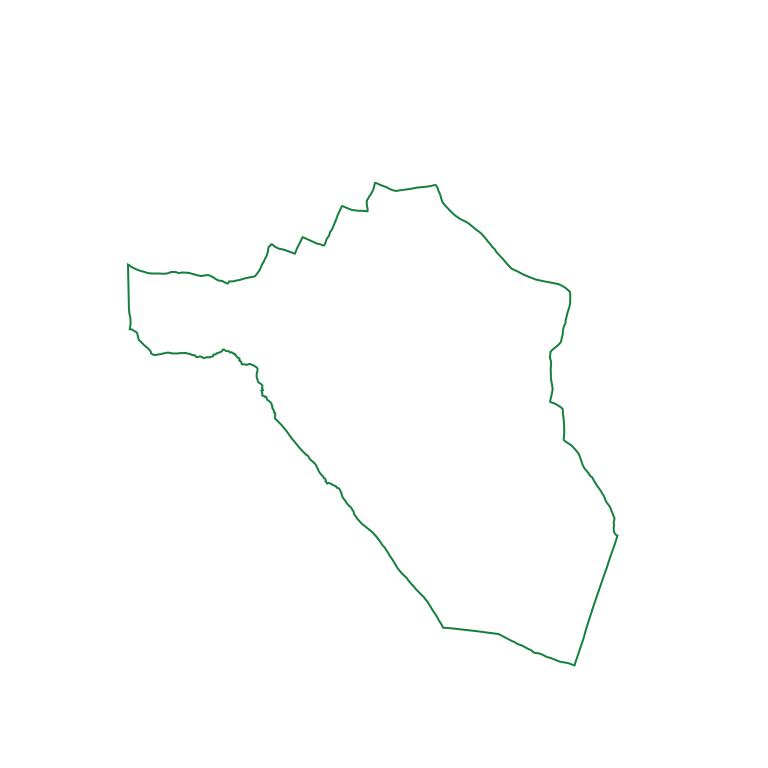 outline of Siha, Kilimanjaro, United Republic of Tanzania, rotated 112°
{"feature_id": "72390352B52159147893976", "entity_name": "Siha", "entity_type": "district", "adm_level": 2, "iso_a3": "TZA", "parent_name": "United Republic of Tanzania", "parent_adm1": "Kilimanjaro", "projection": "mercator", "projection_center": [37.068, -3.108], "detail": "fine", "context": "isolated", "style": "outline", "palette": "green", "viewbox_px": 768, "rotation_deg": 112, "n_neighbors": 0, "source": "geoboundaries", "source_scale": "gbopen_adm2", "svg_char_len": 6166}
<svg xmlns="http://www.w3.org/2000/svg" viewBox="0 0 768 768"><g transform="rotate(112 384 384)"><path d="M224.0,319.7L220.0,328.3L219.4,329.4L217.7,331.6L216.2,335.2L214.0,338.7L212.6,341.8L212.1,342.3L209.3,347.6L208.1,350.2L207.5,351.9L206.3,356.7L203.7,364.8L203.0,367.7L202.5,374.8L201.1,381.3L198.6,387.6L195.8,393.7L194.1,397.0L192.1,399.2L187.3,402.9L184.2,406.1L182.5,407.3L180.2,410.4L180.5,411.3L181.0,412.2L182.9,414.8L185.5,419.2L189.2,426.4L193.5,433.1L198.5,441.9L200.3,444.7L200.8,446.8L201.1,449.1L201.0,453.0L200.6,454.6L200.8,462.5L200.6,466.3L200.8,467.6L201.4,467.7L206.1,466.9L208.5,466.8L212.6,467.2L215.3,467.9L217.7,468.1L219.0,468.5L220.5,468.6L221.7,468.2L225.1,466.6L228.0,464.7L229.7,464.0L230.0,464.1L230.4,464.9L231.3,468.3L232.9,472.4L234.6,478.7L234.7,480.5L234.6,489.0L234.8,489.6L235.0,489.7L244.5,490.2L249.4,490.0L259.9,490.1L263.6,490.9L267.0,490.5L271.3,491.5L275.0,491.2L277.8,491.4L278.1,491.8L278.4,492.9L278.4,496.2L278.9,498.3L278.9,499.6L278.4,510.1L278.3,514.0L278.4,514.5L278.6,514.6L282.4,514.7L290.1,515.4L293.3,515.5L296.1,515.3L296.6,515.5L296.7,522.0L297.1,528.5L297.8,531.0L297.9,532.8L297.5,537.0L296.5,539.9L296.5,540.7L296.7,540.9L298.9,541.4L299.2,541.8L300.1,542.3L302.1,542.0L305.6,541.1L309.4,540.9L313.3,541.3L315.3,541.2L316.4,541.5L318.9,541.8L325.2,542.0L331.0,543.5L332.4,543.9L332.9,544.5L337.2,551.2L339.3,554.0L341.6,556.7L343.1,559.3L344.7,561.3L345.7,563.1L346.8,565.9L348.9,566.3L349.2,566.4L349.5,567.0L349.6,567.8L349.1,572.3L350.0,576.2L349.8,579.2L349.1,582.0L348.7,587.1L349.5,589.3L352.1,593.4L352.4,594.1L352.9,596.3L354.0,606.0L354.4,607.7L355.9,612.0L356.8,613.9L358.0,615.7L358.2,616.9L358.1,618.5L359.1,621.7L360.0,623.4L362.2,625.8L363.4,627.6L365.0,631.4L366.3,635.3L367.6,638.2L368.8,641.5L369.6,644.7L370.0,649.9L370.3,651.5L370.5,656.6L370.2,660.8L369.9,662.7L369.3,664.6L369.2,666.1L410.2,648.5L414.7,646.1L416.2,644.9L418.6,643.5L421.4,642.2L424.2,641.2L428.5,640.3L427.9,638.3L428.8,632.9L429.2,632.1L430.3,631.2L434.2,628.5L435.4,627.0L435.6,625.9L438.0,620.5L439.8,615.1L440.4,614.3L440.6,613.5L441.6,612.1L442.3,611.8L442.9,611.3L443.3,608.7L443.1,607.5L442.0,605.5L441.2,604.5L440.0,602.2L438.6,600.4L435.9,596.3L435.3,594.1L435.1,592.3L434.3,589.9L432.8,586.4L431.3,584.0L430.9,582.4L429.6,579.8L428.9,574.9L429.0,572.5L428.8,571.8L428.2,570.8L428.2,570.2L429.1,568.7L429.3,568.0L429.0,567.2L427.7,565.3L427.3,564.5L427.2,563.8L427.5,561.3L427.4,560.6L425.4,558.1L424.8,555.9L423.6,554.8L423.3,554.1L422.6,553.2L422.0,552.9L420.6,553.1L419.6,551.2L418.4,550.8L418.2,550.5L415.5,547.4L414.8,546.9L412.2,545.9L412.0,545.4L412.5,543.2L412.5,542.5L411.8,540.1L412.0,539.4L412.5,538.4L411.8,537.6L411.6,537.1L412.4,534.3L412.4,533.9L412.0,533.7L412.1,533.3L413.1,532.3L413.4,531.2L414.3,529.7L414.6,528.6L414.4,527.8L414.7,527.3L416.4,527.0L416.5,526.1L416.8,525.8L416.9,525.5L416.8,525.0L417.1,524.6L418.8,523.4L418.9,522.8L418.0,520.6L418.0,519.5L417.7,518.8L417.3,518.0L415.9,516.4L415.6,515.7L415.7,511.9L416.2,508.8L416.5,507.9L417.0,507.2L418.1,506.5L422.8,505.7L425.1,504.7L426.4,503.8L427.3,502.8L428.5,502.2L429.3,501.3L429.6,500.6L430.1,497.9L430.5,496.9L431.1,496.1L431.7,495.8L433.7,495.6L434.1,495.0L434.3,494.4L435.1,493.9L435.6,494.8L436.0,495.1L436.7,494.7L437.5,493.7L438.6,493.3L440.3,492.5L440.1,491.0L440.5,490.2L440.6,489.9L440.2,489.5L440.0,489.0L440.2,488.4L442.4,486.3L442.9,483.9L443.3,483.2L443.7,481.9L444.0,481.3L445.0,480.4L445.8,480.1L446.3,479.6L446.6,479.1L447.5,478.9L448.3,478.3L449.7,476.4L450.5,475.7L451.4,475.4L451.7,474.8L451.7,474.2L451.9,473.8L454.1,473.1L454.7,472.8L456.5,472.5L456.9,472.1L457.5,470.3L460.8,462.8L465.0,455.4L468.6,449.9L475.8,436.6L478.9,429.3L478.9,428.5L479.1,427.4L480.0,426.4L481.6,424.2L483.4,419.0L484.2,417.4L485.0,416.2L486.3,415.1L487.5,413.5L488.9,412.3L490.5,410.1L492.1,407.1L492.8,405.2L493.4,404.8L493.8,404.3L493.8,403.2L494.4,402.5L495.0,401.9L495.8,402.0L496.3,401.5L496.7,400.3L497.6,399.4L496.5,398.2L496.3,397.2L496.8,393.1L496.8,390.0L497.6,389.3L497.9,388.7L497.6,387.6L497.8,386.6L498.2,385.7L499.5,384.3L500.9,383.2L501.8,382.0L502.5,381.7L504.1,380.3L506.0,377.7L506.5,376.5L508.5,373.9L509.8,371.2L511.1,367.9L512.2,366.6L513.1,365.2L514.1,364.1L516.0,362.7L519.1,358.0L521.5,352.9L522.5,350.2L525.9,338.8L528.2,334.2L531.6,328.5L533.9,325.3L535.5,321.8L536.5,320.6L539.6,316.1L541.0,314.5L544.7,308.9L549.7,302.5L552.7,296.9L555.7,289.6L556.4,288.8L559.4,283.4L559.8,282.1L562.8,276.5L563.9,273.7L565.0,271.5L566.9,266.7L567.7,265.7L569.7,261.9L575.5,254.2L579.5,248.3L582.8,244.3L584.7,241.6L587.8,237.8L585.8,231.8L578.8,206.7L572.9,184.0L574.4,169.3L574.4,166.2L575.0,163.4L574.8,156.8L575.1,155.8L575.5,152.2L575.7,147.6L576.7,145.1L576.7,142.9L575.6,138.8L575.6,135.9L576.1,130.6L575.6,127.0L575.6,117.4L575.1,114.6L573.8,109.0L573.6,102.0L572.8,101.9L570.9,102.2L544.9,103.7L534.8,104.9L511.0,106.6L479.4,108.3L471.5,108.6L460.1,109.4L446.2,110.0L437.2,110.7L437.0,112.3L436.2,113.9L435.3,115.0L433.8,116.1L432.4,116.7L428.6,118.0L426.5,119.1L424.1,119.5L422.2,120.0L413.5,128.3L412.6,129.5L410.0,133.8L409.3,134.6L405.6,138.1L404.8,139.0L403.5,141.1L402.1,142.6L401.2,144.0L398.8,147.9L395.0,153.1L392.7,155.8L392.3,156.7L392.2,157.9L391.6,159.0L390.1,161.0L387.1,166.5L385.0,169.1L376.8,176.3L375.6,177.6L374.8,178.9L372.1,184.1L370.8,187.1L368.9,195.7L367.9,196.7L367.3,196.9L361.2,198.8L354.2,201.8L349.8,204.0L345.1,206.7L340.5,208.8L340.2,209.1L339.3,211.4L338.3,216.9L338.2,219.9L338.4,222.8L338.2,223.3L337.3,223.6L329.1,224.9L326.1,225.6L325.1,226.0L320.9,228.4L319.1,229.7L315.2,231.8L310.8,233.6L307.6,235.1L303.2,236.4L301.2,237.3L300.2,237.8L297.7,239.9L296.9,240.2L291.9,241.6L291.3,241.6L288.5,240.3L283.4,237.5L281.0,236.4L279.5,235.9L277.9,235.8L274.1,236.5L270.8,236.9L268.2,237.9L264.7,238.6L263.0,238.8L259.4,238.5L256.5,239.6L252.6,240.0L249.7,240.5L243.0,241.0L241.0,241.3L238.2,242.1L232.7,244.3L231.0,244.9L229.5,245.8L228.8,246.4L227.0,251.4L226.2,255.7L226.0,259.8L229.0,274.9L230.3,282.7L230.4,290.4L230.2,297.2L229.5,303.1L229.5,306.4L229.1,309.4L228.8,310.2L227.6,312.3L226.8,314.5L224.0,319.7Z" fill="none" stroke="#15803d" stroke-width="2"/></g></svg>